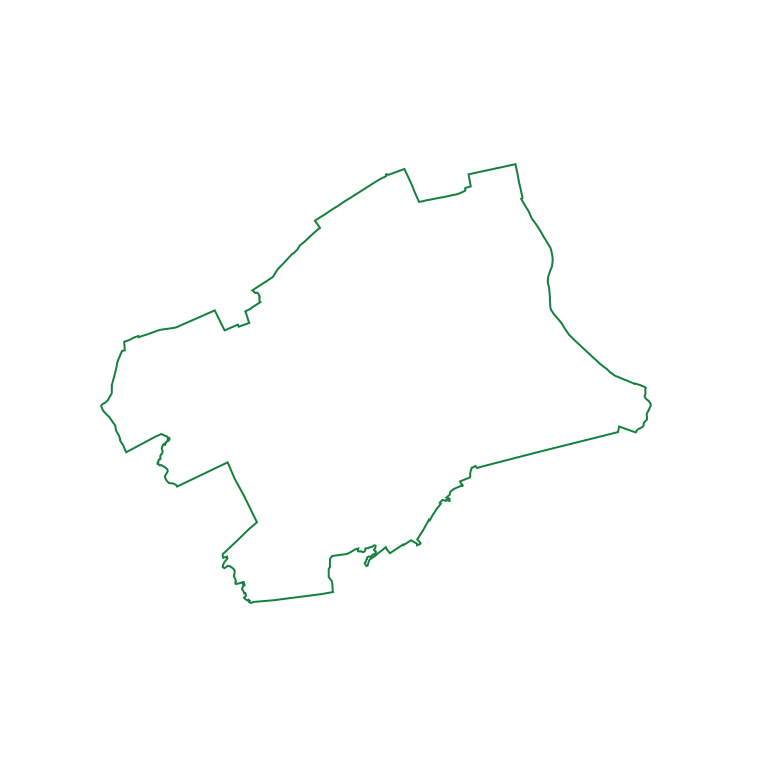 Rociu, Arges, Romania (orthographic projection), rotated 205°
{"feature_id": "2599482B73415645943842", "entity_name": "Rociu", "entity_type": "district", "adm_level": 2, "iso_a3": "ROU", "parent_name": "Romania", "parent_adm1": "Arges", "projection": "orthographic", "projection_center": [25.019, 44.661], "detail": "fine", "context": "isolated", "style": "outline", "palette": "green", "viewbox_px": 768, "rotation_deg": 205, "n_neighbors": 0, "source": "geoboundaries", "source_scale": "gbopen_adm2", "svg_char_len": 6166}
<svg xmlns="http://www.w3.org/2000/svg" viewBox="0 0 768 768"><g transform="rotate(205 384 384)"><path d="M637.3,312.5L633.1,304.9L635.4,303.3L635.3,298.7L635.1,297.6L635.1,295.9L635.2,295.1L634.8,290.7L633.7,286.6L632.5,281.3L630.3,268.6L630.2,267.5L629.5,266.8L629.0,265.4L627.1,261.2L626.8,260.0L627.3,255.0L627.2,254.3L627.6,252.3L628.4,249.9L628.8,249.2L630.4,247.2L631.1,245.7L631.1,244.7L630.9,244.3L630.3,243.9L628.3,241.9L626.6,240.8L620.8,238.5L619.2,238.1L613.0,234.4L611.2,233.5L609.6,232.3L607.8,229.3L606.2,227.8L602.1,225.0L601.1,223.7L600.0,223.0L599.8,222.1L599.3,221.3L598.6,220.7L597.3,220.0L593.7,217.7L593.3,217.0L591.9,215.9L591.2,215.1L588.8,213.2L568.5,240.2L564.7,244.5L564.2,244.6L563.3,244.5L562.5,244.6L559.8,244.6L558.7,244.8L557.4,244.0L557.1,243.5L556.8,243.3L556.6,243.6L556.8,244.4L556.2,244.5L555.7,244.3L555.1,243.6L555.1,242.5L555.3,241.5L556.4,241.5L556.3,240.1L556.9,239.5L556.7,236.3L557.5,236.2L558.0,236.7L558.7,235.3L558.1,231.4L556.6,230.0L555.9,228.7L555.7,227.2L556.2,226.3L556.3,223.9L555.2,222.4L555.0,221.7L555.2,221.0L555.8,220.9L556.1,220.2L556.0,218.9L555.5,217.9L555.3,217.2L555.9,216.9L555.4,215.8L554.0,215.9L552.6,215.5L552.1,215.9L551.7,216.4L547.3,215.9L545.7,215.6L544.1,214.9L543.1,213.3L543.6,207.9L542.5,206.3L540.7,204.9L539.4,204.2L536.8,203.3L532.9,204.8L529.3,204.5L528.2,203.6L492.6,246.9L479.5,235.2L463.6,223.5L440.7,205.0L444.4,196.9L446.1,192.8L450.6,180.8L458.2,161.6L458.0,160.9L456.2,158.5L453.3,161.2L452.2,159.7L453.5,154.4L453.3,151.8L452.7,149.8L450.7,149.7L448.7,153.2L446.7,153.7L442.8,153.1L440.4,151.7L439.5,149.4L438.9,146.4L436.3,144.3L434.7,142.5L435.0,141.6L434.1,140.2L433.3,140.3L432.2,141.3L430.7,142.3L429.0,144.2L427.8,145.1L427.1,145.1L426.9,144.3L427.5,143.3L427.0,143.0L425.9,143.4L425.3,142.7L426.1,141.9L426.3,141.1L426.1,140.5L426.3,139.5L426.2,138.6L425.8,137.9L424.5,137.4L422.2,135.2L421.3,135.9L419.6,133.9L420.5,131.2L418.6,130.4L415.9,130.2L415.6,131.2L414.1,130.9L414.4,129.6L412.7,129.2L411.6,129.6L410.7,130.8L409.7,131.6L391.9,141.8L380.8,148.9L351.5,167.4L342.3,173.9L343.1,174.9L346.4,181.1L348.1,183.4L352.5,185.7L355.8,192.6L355.9,193.7L355.6,195.3L357.3,198.7L358.0,200.6L358.9,202.3L358.9,203.4L358.3,206.2L345.6,214.4L342.9,217.9L340.4,221.8L337.8,224.0L337.5,222.1L336.9,221.5L336.5,221.4L335.9,221.7L335.5,222.0L334.8,222.1L334.2,222.8L333.6,222.8L332.6,222.5L331.5,223.1L330.8,224.4L330.8,225.7L331.0,226.3L331.3,226.5L331.3,227.1L330.9,227.5L328.7,228.7L328.2,229.8L326.0,231.4L324.9,233.5L324.3,233.8L323.3,233.9L323.1,233.5L322.6,231.3L322.7,230.8L323.1,229.7L322.8,229.2L322.1,228.9L321.2,228.9L320.5,228.7L320.2,227.9L320.3,226.9L321.0,225.6L321.5,225.3L322.0,224.6L322.6,223.3L322.7,222.5L323.2,221.7L323.4,221.5L324.2,221.5L324.6,221.4L325.7,220.3L325.9,219.7L325.4,218.2L325.7,217.7L325.5,216.5L325.4,215.2L325.9,214.1L325.7,213.4L324.7,212.6L323.4,212.1L323.1,211.6L322.1,212.5L322.5,214.8L322.9,218.4L321.1,221.7L319.3,224.5L317.7,228.3L316.2,231.3L315.6,232.2L313.4,236.9L311.3,235.1L307.1,233.2L298.9,246.6L298.3,246.2L293.4,253.8L292.6,253.6L287.4,253.3L286.6,253.1L285.9,251.8L284.4,253.5L283.8,253.9L283.5,255.0L284.1,255.5L288.2,257.2L286.7,268.7L285.9,280.2L284.9,279.8L284.5,285.5L283.4,293.6L281.9,299.4L283.3,299.9L281.9,303.7L278.6,304.1L278.6,305.3L275.2,305.7L276.1,307.7L279.4,307.4L277.7,311.5L278.4,314.1L277.7,315.7L276.2,318.6L271.0,324.4L269.8,324.7L269.8,325.5L272.5,326.5L273.9,327.9L266.6,335.7L266.8,336.9L268.0,339.0L268.6,341.4L268.9,343.8L269.2,345.1L268.2,345.9L266.5,348.3L265.3,347.7L264.0,347.2L262.1,349.1L217.6,385.8L151.6,439.3L152.9,444.8L135.4,446.5L135.2,446.8L135.3,448.3L135.1,449.4L134.6,450.3L131.6,454.3L131.3,455.2L131.3,456.7L132.1,458.3L131.7,460.1L130.8,462.2L130.7,462.8L131.4,464.7L133.1,467.4L133.3,469.4L133.0,472.0L133.2,477.2L133.5,478.0L134.0,478.7L136.6,480.4L139.8,481.1L141.1,481.8L142.0,482.4L142.5,482.9L142.8,483.6L142.8,484.8L143.0,486.0L144.8,489.2L145.1,491.2L145.9,491.5L151.2,491.3L156.5,490.6L156.6,490.2L156.9,490.0L157.3,490.2L157.7,490.0L159.8,490.0L161.9,489.8L163.3,489.9L169.3,489.5L176.1,489.3L176.7,489.1L178.9,489.2L180.4,489.6L183.8,490.1L186.2,490.9L187.4,491.4L189.0,491.9L191.4,492.3L197.2,493.7L200.6,494.9L205.7,496.4L230.0,504.3L237.0,506.8L243.8,510.8L247.7,513.4L248.1,513.9L248.6,514.2L249.2,514.3L253.4,516.4L258.9,518.8L261.0,520.0L264.0,521.9L265.0,522.9L265.6,523.8L269.0,530.0L269.8,531.7L270.8,533.7L271.6,535.0L275.4,541.6L277.1,543.4L278.9,546.0L280.6,550.7L280.6,551.0L280.8,553.1L280.9,554.5L281.3,556.9L281.4,561.1L282.1,563.7L283.4,567.2L284.2,569.1L285.8,571.6L289.1,576.0L290.6,577.6L293.6,579.7L301.3,584.8L308.8,590.0L313.8,593.1L317.4,595.1L318.9,595.7L322.8,598.8L324.4,600.4L326.8,602.3L328.4,603.2L338.0,609.8L337.1,611.1L342.6,618.5L346.7,623.6L352.1,631.3L357.8,638.8L364.7,633.5L396.0,609.8L388.9,599.7L392.0,597.1L393.2,595.5L392.2,594.0L392.3,593.1L396.3,588.5L398.0,586.9L399.3,585.8L401.0,584.7L408.9,578.6L410.8,577.4L419.1,571.3L423.2,568.4L425.6,566.4L428.4,564.4L428.9,564.2L429.2,563.9L438.1,571.6L441.6,575.0L447.4,580.0L456.4,587.5L468.1,575.7L469.2,575.2L470.6,575.1L470.8,574.7L470.0,573.6L470.0,573.1L474.3,567.8L478.3,561.8L492.9,538.9L496.5,533.5L501.5,525.2L504.7,520.4L510.0,511.5L511.5,509.4L515.6,502.8L508.0,498.4L509.5,495.7L513.2,487.0L516.1,479.5L518.9,473.9L519.2,469.8L521.1,464.5L521.7,463.4L522.1,463.3L526.3,450.3L528.7,443.5L529.1,441.0L530.0,434.0L531.3,431.9L531.7,431.1L537.9,421.3L542.9,413.2L542.2,413.1L541.6,412.9L541.1,412.9L540.5,412.5L539.6,412.4L539.3,412.2L538.9,412.2L538.8,412.4L538.1,412.7L538.0,413.0L537.8,413.1L536.8,413.1L536.5,413.0L536.4,412.8L535.6,412.2L534.9,411.9L534.4,411.1L534.0,411.1L533.6,410.7L533.5,410.3L533.3,410.0L533.2,409.7L533.4,409.4L533.4,409.1L532.7,408.3L531.6,406.2L531.2,405.9L530.7,405.9L536.4,396.9L536.3,396.3L540.4,391.2L536.7,387.5L533.6,384.0L532.0,382.4L539.8,374.6L541.6,376.0L551.1,365.2L555.2,368.4L568.5,379.2L595.3,348.6L596.7,347.1L599.6,345.1L609.2,338.9L611.3,337.2L619.0,329.4L624.6,324.3L626.2,322.7L626.9,323.7L629.8,320.9L630.2,320.2L631.0,319.5L632.8,317.0L634.0,315.6L637.3,312.5Z" fill="none" stroke="#15803d" stroke-width="2"/></g></svg>